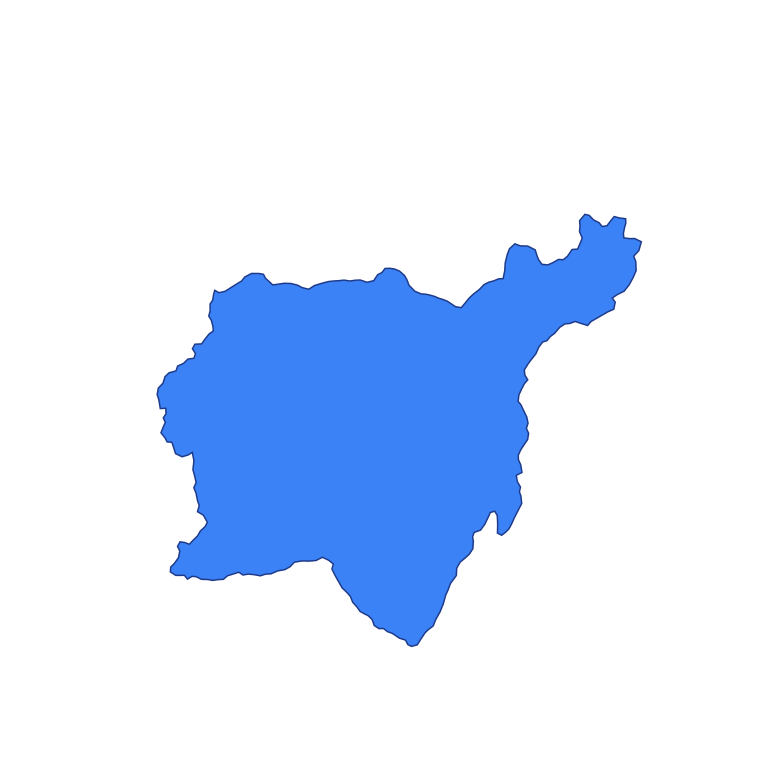 Capão Bonito do Sul, Rio Grande do Sul, Brazil (orthographic projection), rotated 219°
{"feature_id": "56859067B51661934602442", "entity_name": "Capão Bonito do Sul", "entity_type": "district", "adm_level": 2, "iso_a3": "BRA", "parent_name": "Brazil", "parent_adm1": "Rio Grande do Sul", "projection": "orthographic", "projection_center": [-51.394, -28.175], "detail": "fine", "context": "isolated", "style": "filled", "palette": "blue", "viewbox_px": 768, "rotation_deg": 219, "n_neighbors": 0, "source": "geoboundaries", "source_scale": "gbopen_adm2", "svg_char_len": 3771}
<svg xmlns="http://www.w3.org/2000/svg" viewBox="0 0 768 768"><g transform="rotate(219 384 384)"><path d="M574.5,350.3L572.6,346.0L569.9,341.3L569.5,336.7L565.3,331.6L562.9,326.5L558.2,324.8L553.1,321.0L550.0,317.7L551.4,313.0L551.4,307.2L551.0,300.4L556.0,295.9L555.1,290.9L549.6,288.9L547.9,284.4L552.1,279.9L552.8,273.7L555.7,268.1L553.9,263.3L558.1,257.4L558.8,251.9L556.3,245.6L556.8,238.8L553.7,233.1L549.4,230.3L546.2,227.5L542.4,224.1L538.4,227.8L534.7,223.8L534.2,218.8L529.8,216.5L528.4,211.3L526.6,205.7L520.5,204.4L516.1,202.5L512.2,205.2L507.4,202.2L502.2,198.7L495.1,200.4L491.6,205.5L489.9,210.2L483.4,204.7L478.6,197.2L473.1,193.2L468.0,189.2L466.5,183.7L461.4,180.9L455.4,175.9L451.1,173.2L448.6,167.4L441.8,168.4L434.2,165.3L433.3,160.7L434.2,154.1L433.3,148.6L434.0,142.6L434.4,137.0L439.3,135.3L443.2,133.0L442.2,127.8L437.6,125.7L434.4,119.6L434.0,112.7L434.5,107.5L431.8,103.5L425.4,104.2L418.7,109.7L414.0,108.7L412.1,113.7L408.8,116.0L403.0,117.3L397.7,121.3L393.5,123.6L389.6,127.8L385.9,131.1L384.9,136.5L381.5,141.6L378.4,146.3L373.4,146.8L369.8,150.9L364.6,154.3L359.4,157.1L356.3,161.8L352.4,165.3L349.1,171.7L344.2,177.4L342.0,182.9L341.5,189.1L336.7,194.6L330.6,199.4L325.8,204.0L322.8,210.6L316.1,212.2L310.1,212.2L308.0,207.4L302.8,205.0L298.2,203.1L293.8,201.4L288.3,199.2L281.2,198.6L276.3,197.7L271.0,194.7L264.8,193.7L259.3,192.2L254.9,193.0L250.3,194.0L244.8,193.4L239.7,190.2L234.1,190.7L230.4,193.7L225.6,193.7L220.7,195.4L212.0,196.2L206.1,198.5L201.5,196.5L197.5,197.4L194.0,202.2L194.8,208.9L195.5,216.3L195.0,220.8L193.5,227.0L195.5,233.2L197.0,242.0L199.5,250.3L203.2,258.8L204.5,263.9L206.8,270.8L207.0,275.7L207.3,280.7L211.6,286.7L212.7,293.6L211.4,300.0L210.6,305.6L211.3,311.9L215.5,317.9L219.0,321.0L220.5,325.4L217.0,331.2L217.4,338.4L219.1,345.7L220.5,351.0L217.9,354.8L213.3,353.1L208.9,348.3L205.8,344.5L202.0,339.5L197.4,340.5L196.3,345.0L195.7,349.6L196.7,355.2L198.5,362.1L201.8,377.8L207.1,383.1L210.8,385.3L213.1,389.8L219.1,392.1L223.7,396.3L221.1,402.1L227.0,407.3L231.8,409.7L234.8,413.1L236.3,418.8L236.9,424.7L237.4,431.1L240.5,436.6L245.4,439.1L247.4,444.2L252.3,448.2L260.2,451.9L264.7,454.1L268.8,454.9L272.3,460.4L274.0,467.2L275.1,472.7L274.9,477.7L280.0,479.5L283.8,483.2L284.7,490.4L284.9,496.3L285.0,503.2L286.9,510.0L287.1,516.5L284.6,520.3L284.6,525.6L283.3,530.8L283.1,538.7L281.2,544.6L277.6,548.1L274.8,552.9L268.4,555.3L262.6,557.6L262.4,562.9L255.6,580.6L252.5,586.7L255.8,593.1L260.7,594.5L259.0,600.2L255.8,607.2L255.9,615.5L257.4,623.5L259.4,630.8L265.5,637.7L270.4,640.5L269.9,648.0L273.5,656.5L280.7,654.8L284.7,651.5L289.6,648.5L292.8,651.8L295.5,657.0L297.3,661.2L300.2,664.5L305.9,661.0L310.5,659.0L310.5,653.2L310.3,647.3L313.6,643.7L318.3,644.7L324.4,643.4L330.6,644.2L334.6,642.3L334.8,634.0L331.0,630.0L328.0,625.5L321.8,622.2L320.4,617.7L318.4,610.7L322.5,606.9L321.8,598.8L322.9,593.4L326.8,590.6L329.1,584.6L331.7,579.6L336.6,576.4L342.1,577.9L346.0,580.1L350.9,583.4L359.2,581.6L365.0,577.1L370.5,575.3L371.6,568.1L369.8,562.5L366.1,554.5L361.5,548.1L357.7,540.8L361.0,538.0L363.7,533.1L366.5,529.3L368.8,524.3L369.4,517.4L371.1,510.2L371.9,504.2L371.9,496.7L372.0,492.0L377.0,489.1L386.8,488.2L390.8,487.0L395.7,485.0L399.6,484.0L403.8,482.2L408.2,480.0L411.8,477.4L418.4,475.5L426.7,476.5L431.9,479.5L436.3,481.2L443.1,481.5L448.4,479.9L452.4,477.5L455.9,474.4L455.7,469.5L457.7,464.9L457.0,457.9L461.2,452.4L468.0,449.8L471.6,446.6L475.3,442.6L480.4,439.6L483.8,436.2L487.9,432.4L491.7,428.6L496.3,422.3L500.1,416.6L502.1,410.3L508.3,407.4L513.4,406.4L519.5,403.6L524.8,399.6L532.8,391.0L542.7,391.6L546.7,393.4L550.9,391.1L556.6,386.4L559.5,379.6L559.5,374.4L562.1,367.1L565.9,355.9L569.7,351.1L574.5,350.3Z" fill="#3b82f6" stroke="#1e3a8a" stroke-width="1.5"/></g></svg>